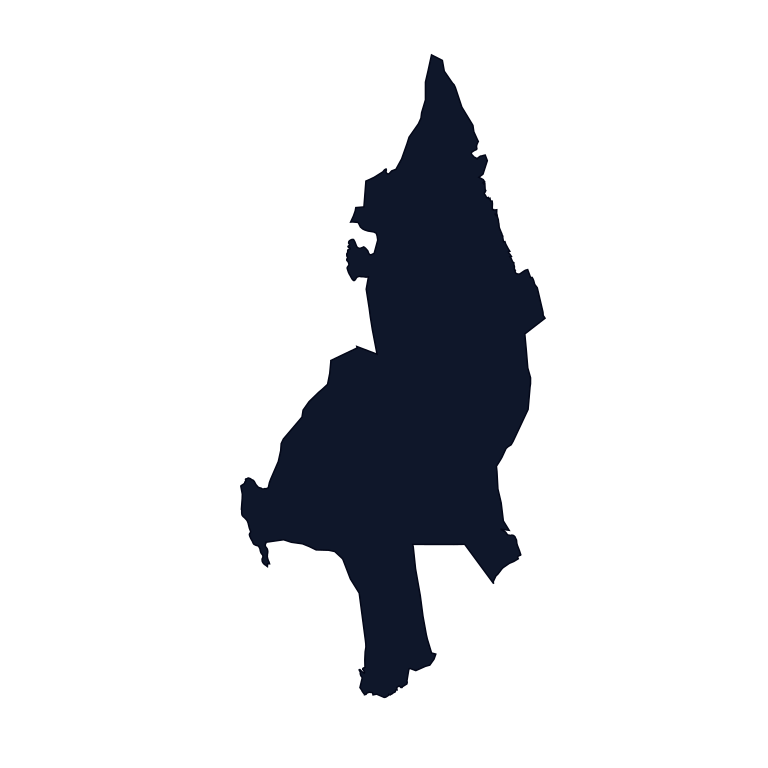 Oxchuc, Chiapas, Mexico (Albers equal-area conic projection), rotated 252°
{"feature_id": "50627088B29165563245458", "entity_name": "Oxchuc", "entity_type": "district", "adm_level": 2, "iso_a3": "MEX", "parent_name": "Mexico", "parent_adm1": "Chiapas", "projection": "albers", "projection_center": [-92.342, 16.796], "detail": "fine", "context": "isolated", "style": "filled", "palette": "ink", "viewbox_px": 768, "rotation_deg": 252, "n_neighbors": 0, "source": "geoboundaries", "source_scale": "gbopen_adm2", "svg_char_len": 6130}
<svg xmlns="http://www.w3.org/2000/svg" viewBox="0 0 768 768"><g transform="rotate(252 384 384)"><path d="M246.4,216.7L249.0,217.7L248.4,219.6L249.2,219.6L250.2,219.7L251.0,219.5L253.4,219.4L255.5,219.6L256.3,219.8L257.4,220.3L258.4,220.6L258.9,221.0L260.3,221.6L261.0,221.8L261.6,221.8L262.0,222.0L262.7,221.9L263.3,222.0L265.2,221.4L265.7,221.1L267.3,221.2L268.2,221.6L268.9,222.4L269.6,222.7L270.0,222.7L266.9,240.4L262.1,247.0L257.2,257.1L252.5,262.7L247.2,268.2L243.0,280.0L239.9,285.4L231.5,290.1L230.0,290.7L209.0,291.8L192.8,295.8L146.0,287.1L142.6,286.4L139.4,285.5L135.1,283.3L127.6,280.5L120.3,278.3L120.3,277.3L120.2,276.4L119.8,275.8L119.1,275.6L118.3,276.0L116.3,276.5L115.9,276.5L115.2,276.1L115.5,275.5L117.3,274.1L119.8,272.9L120.0,272.3L119.8,272.0L118.9,272.1L117.7,272.4L116.9,272.3L115.8,271.9L114.7,271.8L113.4,271.9L112.0,272.4L111.3,272.5L102.7,267.3L99.7,268.2L98.5,268.3L96.0,269.1L95.3,269.5L94.5,269.4L94.4,271.0L94.6,271.1L95.4,272.6L95.4,274.7L94.5,276.7L94.0,277.7L91.7,277.5L91.3,281.3L91.0,281.5L85.9,287.3L85.7,288.1L85.7,289.2L86.5,292.1L87.4,292.6L86.7,293.3L86.4,293.7L86.4,294.0L86.8,294.8L86.7,295.2L86.8,295.8L87.4,297.3L87.7,299.4L87.8,299.6L88.6,300.1L89.4,300.8L89.0,301.9L91.4,302.3L92.2,304.9L92.2,305.1L92.0,305.3L90.1,306.3L89.8,307.4L90.4,308.0L91.7,313.1L93.3,314.0L94.4,314.0L104.1,319.0L105.2,319.7L105.4,320.9L101.6,325.7L102.7,336.2L102.5,340.7L106.9,346.6L111.1,349.8L111.6,349.1L113.5,346.1L128.0,346.4L132.6,346.8L151.0,349.3L171.4,353.1L198.5,356.9L220.1,361.5L222.6,361.7L209.7,401.1L206.6,411.2L160.2,426.6L162.1,426.7L166.1,430.4L166.9,431.2L167.9,433.4L171.8,439.1L172.5,440.5L174.7,447.8L175.1,452.6L176.3,457.7L177.6,457.6L178.4,457.9L178.8,458.4L179.0,460.0L179.0,461.0L179.3,461.3L184.0,461.3L189.4,461.0L191.5,461.1L194.6,461.8L197.4,461.4L198.1,461.4L199.6,460.6L200.3,459.9L200.6,459.2L200.9,458.5L200.8,457.8L201.0,457.3L201.3,456.9L201.8,455.7L202.4,455.0L203.0,454.7L205.2,454.0L206.3,453.4L209.1,450.6L210.0,449.9L206.2,457.8L216.9,455.2L234.7,458.7L249.0,459.9L265.9,464.4L271.0,465.5L276.0,471.5L277.8,473.5L285.0,480.2L286.1,482.8L286.9,486.1L289.5,489.0L315.3,513.2L336.1,522.0L338.9,523.4L344.6,525.3L354.8,525.7L372.2,529.8L388.1,533.4L396.8,557.5L400.0,556.6L403.2,557.4L428.2,559.5L432.2,558.1L435.8,558.3L437.7,558.2L439.6,557.8L439.9,556.3L448.4,556.0L448.5,553.6L448.1,551.8L446.7,547.1L447.0,545.8L447.8,544.4L448.8,543.5L451.4,543.5L451.6,544.0L452.7,543.5L454.0,543.8L455.2,544.3L457.9,544.5L459.2,545.0L460.4,544.1L464.7,543.7L466.0,543.1L465.9,544.6L468.7,543.8L469.8,543.1L471.2,543.2L471.3,544.7L473.9,544.0L479.5,543.0L482.1,543.0L482.3,541.6L486.5,542.2L487.9,542.7L489.3,542.4L490.7,542.5L492.4,542.3L496.5,542.0L497.9,542.1L500.9,542.8L502.3,542.9L505.0,543.5L507.9,543.5L509.6,543.8L509.6,542.4L511.1,542.2L510.7,543.8L512.1,544.1L514.9,545.1L515.2,543.5L515.4,542.1L516.0,542.2L516.4,541.0L517.8,541.3L521.8,542.8L524.5,543.4L525.1,542.0L526.6,542.0L528.0,542.2L528.1,540.7L529.2,540.8L529.2,539.4L530.5,539.0L532.1,538.8L533.4,538.3L534.0,538.3L535.3,538.8L535.2,539.4L536.5,540.6L537.8,540.3L543.3,541.8L543.4,541.0L544.7,542.0L544.9,540.6L545.9,542.0L547.6,541.6L551.3,538.1L553.0,543.0L564.5,551.3L570.5,551.0L570.7,548.6L570.6,547.8L570.9,546.6L570.9,546.2L570.8,545.5L569.9,542.9L569.3,542.4L569.4,541.9L570.0,541.7L571.0,541.0L571.2,540.6L572.3,539.6L572.8,539.5L574.8,538.5L575.6,538.3L576.4,538.3L577.2,538.8L578.1,541.8L578.4,544.3L578.9,545.0L579.4,545.1L580.0,545.1L580.8,545.4L581.4,545.3L583.6,546.8L585.6,548.7L586.3,548.5L596.1,547.4L602.5,548.5L623.3,543.6L644.0,543.5L647.0,543.1L649.1,542.1L662.9,538.0L673.7,539.5L682.3,530.9L668.1,522.6L658.3,516.7L641.4,511.2L630.4,503.6L625.4,501.3L620.8,497.1L611.0,484.1L605.5,480.2L592.6,470.3L584.5,461.7L584.3,457.1L582.4,453.8L582.5,453.0L582.8,452.2L584.4,451.4L585.8,451.7L586.8,452.4L587.8,452.4L587.8,451.7L587.5,450.6L586.1,448.4L583.6,438.4L582.8,431.9L582.6,429.5L558.6,419.6L560.5,411.7L557.5,410.1L553.3,406.9L548.3,402.3L547.9,404.0L545.8,409.0L545.6,409.2L544.7,409.5L540.6,410.1L538.1,411.6L536.5,413.2L534.4,416.1L531.8,421.2L529.8,423.2L526.9,423.2L522.8,422.5L511.3,415.0L510.9,411.8L511.1,410.9L511.9,410.2L513.2,409.8L514.6,409.8L515.8,409.7L518.8,408.4L520.2,407.5L520.7,407.0L520.7,406.7L520.5,406.2L520.4,403.8L520.5,402.8L521.2,401.7L522.1,400.9L523.4,400.5L528.4,400.2L530.8,399.7L531.2,398.9L531.4,397.7L531.2,396.5L530.8,395.2L530.1,394.4L529.0,393.9L527.1,394.3L526.5,393.8L526.2,392.6L525.8,392.2L525.0,392.4L524.2,393.5L523.1,393.6L522.9,393.3L523.0,392.1L522.7,391.1L522.1,390.7L520.6,390.2L520.2,389.9L519.3,388.8L518.0,388.4L517.0,388.2L516.2,388.5L515.5,388.5L514.1,387.1L513.4,386.9L512.8,386.9L512.0,387.4L510.8,387.7L509.7,387.7L508.7,387.7L508.2,387.4L507.4,386.6L506.3,385.1L505.3,384.7L501.4,384.7L499.0,385.0L497.5,385.4L496.6,385.5L493.6,386.1L492.8,386.6L492.2,386.7L491.6,387.4L491.7,388.0L492.1,389.0L493.4,390.4L493.9,391.3L494.1,392.3L493.8,394.6L493.2,395.1L492.5,397.3L491.2,399.9L490.7,402.3L479.7,396.4L460.5,393.3L451.8,391.7L439.1,389.7L414.5,386.6L428.1,369.7L426.6,369.6L422.8,340.7L421.6,340.3L410.9,335.7L401.1,330.2L398.0,323.5L396.3,319.3L390.4,307.3L384.2,299.0L377.9,295.8L362.8,271.3L359.1,267.8L352.6,265.2L342.9,259.5L328.6,246.9L325.7,244.6L321.1,241.9L320.8,239.6L321.4,238.2L321.4,236.6L321.5,236.2L321.7,235.9L322.8,235.1L324.2,233.0L324.9,232.4L328.0,231.1L331.5,230.5L333.2,229.6L333.9,228.5L335.1,227.9L336.4,226.2L336.6,225.7L336.3,224.6L336.4,223.1L336.1,222.8L334.6,222.6L333.7,221.3L332.7,220.7L332.2,219.6L331.4,216.5L330.8,216.2L323.0,215.2L318.8,213.7L308.8,209.6L308.0,209.7L305.3,208.8L303.5,208.5L302.7,208.6L301.4,209.1L300.0,210.0L297.2,211.3L296.3,211.6L294.0,211.8L288.6,211.4L284.8,211.6L283.9,211.0L283.4,210.1L282.3,209.4L280.7,209.3L277.9,209.6L275.1,210.2L272.8,210.4L271.7,210.8L270.4,212.1L269.0,214.1L268.5,214.6L265.7,215.1L263.5,214.8L261.8,214.8L260.7,215.0L258.9,215.7L258.0,215.7L256.6,215.3L255.7,214.3L254.8,213.8L253.0,213.4L251.5,213.6L250.4,214.0L249.4,214.5L248.5,215.2L248.3,215.5L247.2,216.1L246.4,216.7Z" fill="#0f172a" stroke="#020617" stroke-width="1.5"/></g></svg>